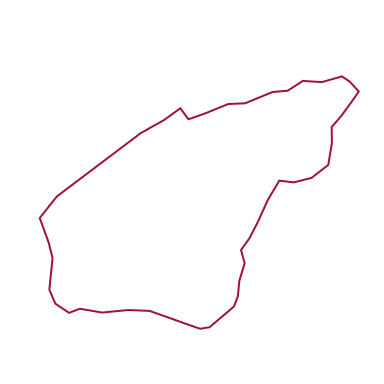 Richmond, New York, United States of America, rotated 191°
{"feature_id": "52423323B38635571773884", "entity_name": "Richmond", "entity_type": "district", "adm_level": 2, "iso_a3": "USA", "parent_name": "United States of America", "parent_adm1": "New York", "projection": "equal_earth", "projection_center": [-74.171, 40.574], "detail": "fine", "context": "isolated", "style": "outline", "palette": "rose", "viewbox_px": 384, "rotation_deg": 191, "n_neighbors": 0, "source": "geoboundaries", "source_scale": "gbopen_adm2", "svg_char_len": 776}
<svg xmlns="http://www.w3.org/2000/svg" viewBox="0 0 384 384"><g transform="rotate(191 192 192)"><path d="M126.8,157.5L121.5,175.7L116.0,198.9L108.5,219.7L108.5,219.8L93.8,220.9L77.3,228.7L63.4,244.6L64.0,266.6L67.3,282.4L60.0,295.1L50.4,315.6L47.5,322.5L58.3,330.5L66.9,334.1L85.6,324.6L104.4,322.2L117.4,309.7L132.1,305.5L156.8,289.2L173.2,285.3L194.2,271.6L209.0,262.9L209.4,262.7L219.4,272.0L233.3,257.2L253.7,239.9L290.9,198.5L323.7,162.0L327.4,155.0L336.5,137.4L323.1,115.1L322.5,113.9L316.3,100.6L313.4,68.9L304.8,56.3L289.6,49.9L279.9,56.0L257.3,56.5L232.0,64.0L211.0,67.2L185.7,63.4L172.9,61.4L157.9,59.3L149.0,62.6L135.9,78.9L131.4,84.6L128.9,87.7L127.1,98.4L128.6,113.9L126.7,132.1L132.8,144.4L126.8,157.5Z" fill="none" stroke="#9f1239" stroke-width="2"/></g></svg>